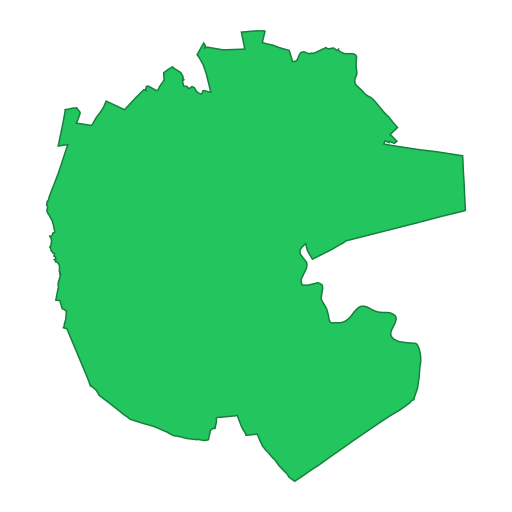 Liteni, Suceava, Romania
{"feature_id": "2599482B47011516747302", "entity_name": "Liteni", "entity_type": "district", "adm_level": 2, "iso_a3": "ROU", "parent_name": "Romania", "parent_adm1": "Suceava", "projection": "mercator", "projection_center": [26.537, 47.51], "detail": "fine", "context": "isolated", "style": "filled", "palette": "green", "viewbox_px": 512, "rotation_deg": 0, "n_neighbors": 0, "source": "geoboundaries", "source_scale": "gbopen_adm2", "svg_char_len": 5868}
<svg xmlns="http://www.w3.org/2000/svg" viewBox="0 0 512 512"><path d="M90.5,386.1L90.9,385.9L92.5,387.1L94.5,388.6L96.2,390.3L97.1,391.7L98.7,394.6L99.2,395.4L99.7,395.8L109.9,403.5L121.8,413.0L124.8,415.3L128.1,417.5L129.6,418.9L130.5,419.4L142.7,423.3L152.4,426.0L155.3,427.0L167.8,432.5L168.4,433.0L173.5,435.7L177.3,436.1L180.0,436.8L181.4,436.9L183.0,437.6L187.7,438.6L197.0,439.7L198.6,439.3L200.1,439.9L202.4,440.1L202.9,440.4L203.6,440.6L206.8,440.2L208.3,439.8L208.6,439.5L208.7,438.9L208.9,436.8L209.8,433.7L210.3,430.9L210.6,430.4L212.8,428.4L214.5,428.6L215.3,428.2L215.4,427.5L215.4,425.8L215.7,425.1L216.4,422.3L216.5,420.2L216.2,418.6L216.3,418.2L216.6,417.9L217.2,417.5L218.7,417.2L221.5,417.3L223.2,417.0L227.7,416.6L228.9,416.3L230.2,416.5L232.8,416.0L234.6,416.0L237.2,415.4L241.0,425.3L243.0,429.7L245.1,432.6L245.7,434.2L245.9,435.2L246.1,435.3L256.9,434.2L257.3,434.3L258.7,437.4L259.8,440.4L261.3,443.3L262.5,446.0L265.8,450.2L268.0,452.3L270.6,455.5L273.2,458.4L274.6,459.5L279.1,465.8L284.2,471.2L285.7,472.5L287.2,474.2L289.1,477.3L294.7,481.3L305.1,474.3L310.0,470.8L318.8,465.1L335.4,453.2L335.7,453.1L352.8,441.0L371.2,428.4L382.5,420.8L389.0,416.5L400.8,409.4L407.0,404.8L410.1,402.7L411.4,400.9L412.7,400.1L413.9,399.7L414.3,397.5L417.4,388.6L417.7,387.2L419.2,376.4L419.9,366.7L420.6,362.9L420.7,360.8L420.7,359.0L420.5,355.6L420.3,353.8L419.4,349.7L418.9,348.2L418.1,346.3L417.1,344.6L416.5,344.0L415.8,343.5L414.8,343.3L407.6,342.8L403.0,342.2L399.5,341.7L397.9,341.2L396.9,340.8L393.9,339.1L392.8,338.2L392.1,337.4L391.4,336.4L391.0,335.4L390.7,334.1L390.9,332.5L391.2,331.0L391.6,330.0L394.5,324.3L395.4,322.1L396.1,319.2L396.1,318.4L396.1,317.6L395.9,317.1L395.2,315.8L393.3,314.3L390.7,313.0L388.8,312.6L381.4,312.4L378.3,312.0L375.5,311.2L373.4,310.4L367.4,307.1L365.6,306.6L364.4,306.3L362.9,306.2L361.2,306.2L359.0,307.2L356.7,309.2L354.3,311.7L350.3,317.0L349.6,317.7L348.1,319.1L345.5,321.0L343.8,321.8L340.8,322.7L339.5,322.8L335.3,322.6L332.0,322.9L330.9,322.8L329.9,321.5L329.2,319.8L328.9,318.8L328.4,315.2L327.3,311.0L326.4,308.3L322.6,301.8L321.1,299.0L321.4,296.1L322.7,288.7L322.5,286.3L322.3,285.5L322.1,284.9L319.6,283.3L317.9,282.7L310.0,284.7L308.2,285.1L305.0,285.2L303.4,285.2L302.5,284.8L301.8,284.1L301.2,281.7L301.2,280.7L301.3,279.6L301.5,278.6L302.5,276.5L306.1,269.1L306.8,266.9L306.9,264.6L306.7,262.8L306.4,262.1L301.0,255.0L300.4,253.9L300.1,253.0L300.0,251.4L300.1,250.3L300.4,249.4L301.7,247.5L303.1,246.0L305.6,243.6L307.4,250.7L312.4,259.2L332.1,249.3L338.8,245.3L344.1,242.4L345.4,241.2L346.3,240.8L414.0,223.6L417.5,222.8L420.3,221.9L423.8,221.1L439.4,216.9L465.2,210.6L465.4,210.4L464.6,194.8L464.3,186.6L463.3,170.2L462.9,159.5L462.7,156.8L462.6,155.8L437.2,151.8L418.8,149.6L392.5,145.6L383.8,144.0L384.5,142.2L385.2,141.0L389.2,142.6L389.8,141.3L394.3,143.4L396.9,141.3L392.3,136.5L390.3,134.8L390.2,134.5L397.5,127.5L393.5,122.9L388.4,116.6L386.5,114.9L383.9,112.1L375.2,101.7L372.4,98.7L370.7,97.4L368.2,96.2L364.9,93.9L362.1,90.6L357.5,86.4L356.3,85.2L355.7,84.5L355.1,82.9L354.8,81.3L354.8,80.3L355.1,78.5L356.8,74.2L356.8,72.2L356.3,68.1L356.1,65.1L356.1,63.2L356.6,57.3L356.3,56.0L355.6,55.0L354.2,54.1L352.3,53.7L346.0,53.7L344.8,53.6L343.7,53.3L340.7,52.0L339.4,51.1L338.6,50.3L338.5,49.8L338.5,49.2L336.8,50.5L334.2,48.3L333.3,48.0L328.2,48.9L327.4,48.6L325.9,47.6L314.7,52.9L313.3,53.3L311.5,53.2L309.1,53.6L307.2,53.3L305.4,52.2L303.3,51.8L300.8,52.6L299.5,54.5L297.1,60.0L295.3,61.4L292.6,61.6L289.3,50.5L278.6,47.4L273.8,45.5L273.1,45.1L272.4,45.1L266.2,43.7L262.3,42.6L265.0,31.2L263.7,30.7L260.0,31.0L258.6,30.8L256.5,30.8L241.4,32.1L244.8,49.1L223.3,49.9L207.6,47.2L204.6,48.0L205.6,46.0L203.7,43.0L197.1,54.7L199.4,57.9L203.2,64.8L206.2,73.5L210.8,92.2L207.2,91.5L204.4,90.5L202.9,90.8L202.3,92.7L201.5,93.8L200.1,93.9L198.7,93.1L196.6,91.5L194.2,87.5L191.9,86.5L191.1,87.5L188.3,88.6L187.4,86.7L186.2,86.3L183.6,86.0L182.5,81.0L183.7,80.0L183.9,79.6L183.4,79.3L182.8,79.2L183.1,77.7L183.0,76.7L182.6,75.8L181.1,73.1L180.3,72.2L174.2,68.5L172.6,66.8L168.5,69.2L163.8,72.6L163.7,73.0L163.7,73.7L164.1,79.9L161.6,83.8L160.9,84.5L159.1,87.5L158.3,89.6L157.7,90.0L156.6,90.7L148.4,86.1L146.5,86.3L145.6,89.3L145.5,89.9L145.8,90.4L143.8,89.7L137.5,96.0L136.7,96.6L133.9,99.7L124.5,109.7L106.2,101.1L103.3,107.6L100.7,111.7L96.2,117.6L92.0,125.0L91.3,125.4L76.2,123.1L76.6,122.2L77.1,121.6L78.1,119.2L80.1,113.3L80.0,112.2L76.6,107.7L76.1,108.0L75.7,108.2L75.1,108.0L72.3,108.2L71.0,108.6L65.1,109.7L65.2,110.7L63.0,122.8L58.2,146.1L63.8,145.1L67.7,144.8L58.4,173.0L49.1,197.0L48.8,199.2L47.4,201.6L47.2,201.5L46.6,205.2L47.1,205.7L47.4,206.2L47.6,207.2L47.5,207.9L46.8,210.7L47.7,213.0L49.1,215.1L50.0,216.7L51.1,219.0L52.2,220.7L52.6,222.7L53.4,224.8L54.0,228.2L54.8,232.1L54.7,232.3L53.8,232.8L53.2,232.9L52.6,233.3L52.4,234.7L52.1,235.7L51.9,236.0L51.6,236.2L51.2,236.2L49.8,236.0L50.1,237.1L51.0,238.1L51.1,238.8L51.5,239.8L51.4,240.6L51.7,241.6L51.5,242.1L51.1,242.6L51.1,242.8L51.4,243.6L50.6,245.8L50.5,246.2L49.7,247.1L49.8,247.3L50.3,247.8L50.8,248.8L50.8,249.4L51.2,250.9L51.4,251.1L52.0,251.2L52.3,251.8L52.8,253.0L53.1,253.2L54.2,253.5L54.5,253.7L54.6,254.0L54.5,254.9L54.3,255.3L53.8,255.9L53.8,256.0L54.8,256.6L55.6,257.3L55.4,258.0L55.9,259.1L55.6,259.4L54.4,259.7L55.7,260.7L55.4,261.4L55.5,261.8L56.5,262.2L57.6,262.5L57.9,262.8L58.1,263.5L58.9,264.2L59.3,264.8L59.3,265.7L59.5,266.9L59.4,269.5L59.5,270.4L59.2,271.1L60.1,271.7L60.2,272.3L59.6,272.9L59.7,274.0L60.7,274.3L60.7,274.7L60.2,275.1L60.1,275.4L60.1,276.2L59.4,278.9L59.2,279.3L59.2,279.8L58.9,280.1L58.7,281.0L58.2,282.8L58.1,285.2L58.2,286.0L58.5,287.4L58.5,287.7L58.0,288.7L55.8,300.2L59.8,300.6L62.2,308.7L64.4,309.7L66.1,311.0L66.4,311.1L65.9,317.5L65.6,319.9L64.3,324.1L64.2,326.2L63.3,327.7L65.4,328.4L66.7,328.3L87.9,378.9L90.5,386.1Z" fill="#22c55e" stroke="#15803d" stroke-width="1.5"/></svg>